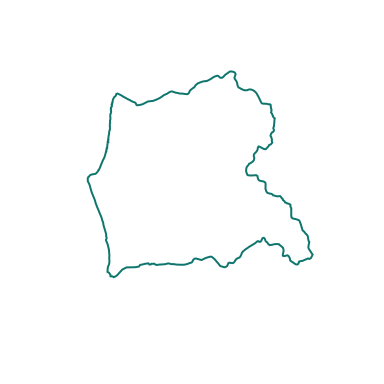 Bengkulu Selatan, Bengkulu, Indonesia (Robinson projection), rotated 53°
{"feature_id": "22746128B78254403614329", "entity_name": "Bengkulu Selatan", "entity_type": "district", "adm_level": 2, "iso_a3": "IDN", "parent_name": "Indonesia", "parent_adm1": "Bengkulu", "projection": "robinson", "projection_center": [103.039, -4.359], "detail": "fine", "context": "isolated", "style": "outline", "palette": "teal", "viewbox_px": 384, "rotation_deg": 53, "n_neighbors": 0, "source": "geoboundaries", "source_scale": "gbopen_adm2", "svg_char_len": 6002}
<svg xmlns="http://www.w3.org/2000/svg" viewBox="0 0 384 384"><g transform="rotate(53 192 192)"><path d="M261.6,121.1L260.6,121.3L259.4,121.9L258.4,122.9L257.9,122.9L257.0,123.4L256.6,123.9L254.8,123.7L253.3,124.2L252.8,124.0L252.2,124.0L251.8,123.7L251.0,124.0L248.5,124.0L248.2,124.2L246.8,126.5L245.9,127.3L244.3,128.5L243.5,129.2L242.5,129.2L241.4,129.6L239.9,131.0L238.5,132.0L238.1,132.3L236.3,132.3L233.6,131.4L232.8,130.6L231.2,129.5L230.6,128.9L229.0,127.9L228.0,127.9L226.7,128.5L224.0,130.9L222.8,131.5L221.9,131.5L220.3,131.0L219.4,130.5L218.5,130.1L217.5,130.5L217.1,130.8L214.1,135.3L212.3,137.2L212.0,137.4L210.5,137.2L208.0,136.3L206.6,135.2L205.4,133.8L204.9,133.0L204.4,130.7L203.8,129.4L204.1,128.4L204.2,127.1L204.3,125.2L204.0,124.4L204.0,123.8L203.7,123.3L202.4,121.8L201.9,121.5L201.0,121.4L199.3,120.0L198.9,118.8L198.7,117.1L198.3,115.5L197.6,114.1L196.2,112.7L195.7,111.4L197.2,110.4L200.6,108.9L200.9,108.6L201.6,108.1L202.0,107.6L202.2,107.1L201.9,106.1L201.8,104.8L201.5,103.6L200.9,101.9L201.2,101.4L201.3,100.4L201.2,99.3L200.7,98.0L199.8,97.8L199.2,97.5L198.3,96.6L197.9,96.4L197.4,96.4L196.8,96.0L196.3,95.9L195.7,95.6L194.4,95.5L193.9,95.0L193.2,94.0L192.6,92.3L192.7,91.5L192.7,90.3L192.6,90.1L191.6,89.1L190.5,88.9L189.9,88.6L189.1,87.5L189.0,87.2L186.6,85.0L186.4,84.7L185.0,83.6L182.9,81.6L182.1,81.9L180.9,81.9L180.2,81.8L180.2,81.5L180.3,81.5L178.7,81.4L177.7,81.0L176.1,81.0L175.2,79.9L174.5,79.4L174.4,79.1L173.7,78.9L173.1,78.6L172.4,78.4L170.7,77.3L170.4,77.3L169.7,76.7L169.3,76.2L169.4,76.5L169.1,76.7L168.0,78.1L166.4,79.4L164.1,82.2L163.3,82.8L162.8,82.9L161.8,82.8L156.6,81.7L152.2,81.1L151.2,81.1L149.5,81.3L147.5,82.0L145.9,83.0L144.9,84.0L144.5,84.7L143.7,87.1L142.3,88.9L140.0,90.3L136.4,91.9L135.0,91.7L133.4,91.1L132.3,90.4L130.0,89.8L127.3,89.8L126.3,89.3L125.9,88.8L124.9,87.2L124.2,86.4L123.4,86.0L122.3,86.0L121.1,86.5L120.4,87.1L119.3,88.2L118.8,88.8L118.7,89.2L118.5,89.9L118.5,91.8L118.4,95.1L118.9,97.6L118.9,99.1L118.4,100.0L117.9,100.5L117.2,100.8L115.1,101.2L114.6,101.6L114.1,102.3L113.4,104.6L113.2,105.4L113.1,108.5L112.7,111.3L112.3,113.3L110.9,115.6L110.0,117.5L108.8,121.7L108.8,124.7L109.7,126.9L109.6,129.0L109.7,132.5L110.7,134.2L111.0,134.7L111.2,136.0L111.1,136.8L110.2,137.9L107.5,140.6L106.5,141.9L105.9,142.6L104.1,144.0L102.7,145.4L99.8,147.3L99.1,148.3L98.7,149.8L98.5,152.8L97.7,156.2L97.7,159.1L97.5,161.4L97.0,164.0L95.8,168.3L95.4,168.9L93.2,172.7L92.2,178.4L91.9,179.4L90.8,181.8L89.8,183.5L89.4,183.8L89.0,183.9L87.0,183.5L86.4,183.6L83.7,185.3L81.8,186.1L78.1,187.9L73.5,189.9L72.3,190.3L69.3,191.8L67.9,192.8L67.7,192.6L69.1,194.7L69.4,195.7L69.4,197.1L70.5,199.3L72.1,201.2L72.7,201.6L72.8,202.1L73.1,202.1L73.6,202.8L73.6,203.3L74.0,203.3L74.2,203.7L74.5,203.8L75.0,204.3L75.3,204.3L75.7,205.7L76.3,206.0L76.3,206.4L77.2,207.1L77.7,207.2L78.3,207.7L78.4,208.0L79.1,208.2L79.7,208.7L80.2,209.3L80.3,209.8L81.0,210.6L82.7,212.0L83.7,212.6L84.8,213.4L85.6,214.5L86.7,215.3L87.6,215.7L88.2,216.7L92.7,219.9L93.1,220.8L94.5,222.3L96.0,223.5L96.4,224.2L100.7,228.4L100.7,228.1L100.9,228.3L101.1,228.7L101.7,228.8L101.5,229.4L101.8,229.5L103.9,231.7L104.9,232.4L105.5,233.6L105.8,233.9L106.0,233.6L106.9,233.4L106.1,233.9L106.2,234.3L107.2,235.4L107.4,235.4L108.1,236.1L108.0,236.4L109.1,237.7L111.7,241.2L112.9,243.8L115.9,248.9L117.2,250.9L118.2,252.9L118.2,253.4L118.4,253.4L118.6,253.8L119.2,256.2L119.4,257.2L119.3,258.3L117.5,261.9L117.3,262.9L117.3,263.9L117.8,265.0L117.7,266.1L118.5,267.2L120.9,268.8L123.0,269.1L125.5,269.8L129.1,271.3L132.6,272.5L140.5,274.6L142.5,275.5L146.2,276.6L157.8,279.6L160.9,280.8L162.8,281.3L165.6,282.8L171.6,285.0L174.5,286.2L175.4,287.1L176.5,287.4L177.6,288.0L178.4,289.4L179.2,289.9L182.8,290.8L185.2,291.8L188.1,293.1L193.2,296.3L194.2,297.3L197.5,299.6L198.7,300.5L200.3,302.5L201.1,304.1L202.8,305.8L205.0,307.6L206.4,306.9L209.0,307.0L210.3,307.8L211.6,306.2L212.8,305.9L213.3,304.4L213.5,302.3L212.0,294.3L212.8,289.7L217.9,282.6L219.6,279.3L219.0,277.2L219.9,275.6L221.0,272.9L222.7,269.8L224.3,269.7L225.1,268.2L224.9,267.6L225.5,267.0L226.4,265.4L228.0,264.9L229.1,264.0L230.1,262.1L233.5,256.9L234.5,254.3L234.9,253.7L237.2,251.9L238.5,250.1L240.5,248.2L243.7,244.3L245.6,241.6L246.7,239.0L247.1,237.7L247.3,236.5L247.9,235.4L248.1,234.5L247.5,232.9L246.9,231.8L246.8,230.2L247.4,228.9L252.1,225.3L252.6,222.4L253.1,220.3L254.3,217.1L255.0,215.8L255.3,215.5L256.1,215.1L259.0,214.4L265.9,214.0L268.1,214.0L271.6,211.4L271.9,210.9L272.2,209.6L272.3,208.6L272.1,208.1L270.8,206.0L270.8,205.0L271.0,204.6L273.1,202.6L273.3,202.1L273.5,201.2L273.4,200.5L272.2,197.2L272.4,195.3L272.7,194.5L272.9,193.3L272.4,191.7L271.7,190.3L270.8,189.1L270.5,188.4L270.2,187.1L270.0,184.1L270.1,182.2L270.2,179.2L270.9,172.4L270.7,169.7L271.0,168.8L271.3,168.5L272.3,168.3L272.9,167.2L272.7,166.1L271.5,164.0L271.4,163.5L271.4,163.1L271.6,162.5L272.1,162.1L272.6,162.0L273.4,162.1L275.3,162.7L276.1,162.7L277.2,162.3L279.0,162.4L281.1,162.0L282.0,160.5L283.2,157.8L283.9,156.5L285.6,154.4L285.8,154.3L286.0,154.0L287.0,153.9L290.9,152.9L291.6,153.0L293.1,153.6L294.7,154.8L296.5,157.0L297.3,157.7L297.6,157.8L298.4,157.3L298.8,156.7L299.8,154.3L300.1,153.8L301.7,153.4L303.5,153.7L306.0,154.8L306.3,154.7L312.1,152.7L312.8,152.1L313.2,151.6L313.3,151.1L313.3,150.3L313.2,150.0L312.0,148.4L312.5,147.0L313.5,145.2L314.8,139.7L315.0,139.3L315.9,138.7L316.2,138.4L316.3,137.3L316.3,136.7L314.6,133.3L312.4,133.3L311.4,133.1L308.5,133.0L307.5,132.9L306.2,132.4L304.3,130.5L303.4,129.3L302.4,128.4L301.8,128.5L299.5,127.5L297.1,126.2L296.0,126.0L295.4,126.0L293.8,126.2L293.7,126.3L291.1,126.3L290.3,126.6L290.0,126.5L288.9,126.7L283.2,124.5L281.4,124.0L281.1,124.0L280.1,123.6L279.2,123.6L278.5,123.8L276.0,125.5L275.0,126.5L273.9,127.2L273.4,127.7L273.1,127.7L272.6,127.8L271.7,127.7L271.4,127.3L270.2,126.7L267.4,124.5L266.8,124.1L265.9,123.4L265.4,123.2L264.8,122.5L264.5,122.5L263.9,122.3L263.3,122.3L262.4,121.9L261.6,121.1Z" fill="none" stroke="#0f766e" stroke-width="2"/></g></svg>